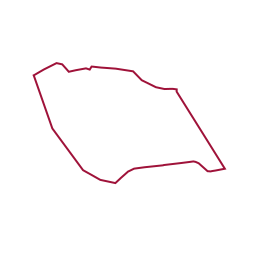 the district of Fond Cacoa, Soufrière, Saint Lucia, rotated 192°
{"feature_id": "8701671B75049629719771", "entity_name": "Fond Cacoa", "entity_type": "district", "adm_level": 2, "iso_a3": "LCA", "parent_name": "Saint Lucia", "parent_adm1": "Soufrière", "projection": "equal_earth", "projection_center": [-61.051, 13.855], "detail": "fine", "context": "isolated", "style": "outline", "palette": "rose", "viewbox_px": 256, "rotation_deg": 192, "n_neighbors": 0, "source": "geoboundaries", "source_scale": "gbopen_adm2", "svg_char_len": 771}
<svg xmlns="http://www.w3.org/2000/svg" viewBox="0 0 256 256"><g transform="rotate(192 128 128)"><path d="M175.0,180.7L176.4,180.5L177.2,178.3L177.6,177.2L181.5,177.6L191.0,173.7L197.6,170.7L200.8,173.1L205.6,176.6L211.4,176.6L222.4,167.8L230.7,160.3L231.2,159.9L230.8,159.3L230.6,159.0L201.9,111.8L163.2,77.4L144.3,71.5L128.9,71.5L125.1,76.9L124.8,77.4L118.8,85.5L118.2,85.9L113.6,89.5L103.5,93.1L85.9,98.8L85.3,99.2L69.0,104.7L60.7,107.6L57.1,108.9L54.8,108.9L51.5,108.2L43.8,103.8L41.2,102.3L38.2,102.7L36.7,103.4L33.8,104.5L27.4,107.2L24.8,108.3L47.1,131.4L88.0,173.7L88.4,175.9L91.1,175.7L92.4,175.6L95.9,174.8L100.4,173.7L109.2,173.7L124.5,177.6L134.8,184.5L152.3,183.5L163.4,182.0L166.9,181.5L175.0,180.7Z" fill="none" stroke="#9f1239" stroke-width="2"/></g></svg>